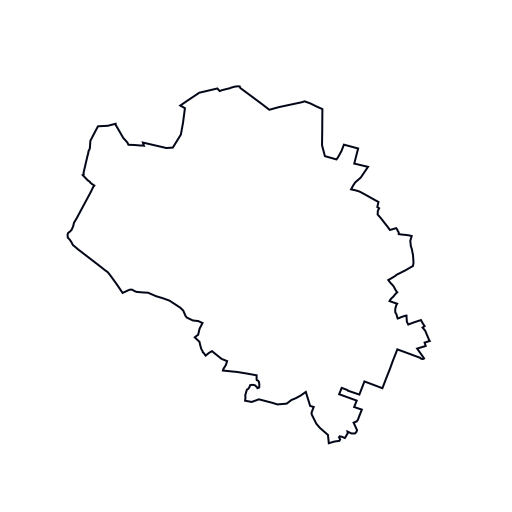 Aba South, Abia, Nigeria (Robinson projection), rotated 105°
{"feature_id": "59680162B9128777704300", "entity_name": "Aba South", "entity_type": "district", "adm_level": 2, "iso_a3": "NGA", "parent_name": "Nigeria", "parent_adm1": "Abia", "projection": "robinson", "projection_center": [7.357, 5.077], "detail": "fine", "context": "isolated", "style": "outline", "palette": "ink", "viewbox_px": 512, "rotation_deg": 105, "n_neighbors": 0, "source": "geoboundaries", "source_scale": "gbopen_adm2", "svg_char_len": 3541}
<svg xmlns="http://www.w3.org/2000/svg" viewBox="0 0 512 512"><g transform="rotate(105 256 256)"><path d="M125.7,185.2L125.7,199.9L132.3,200.6L139.7,202.4L141.9,203.3L141.7,215.3L131.9,220.9L118.1,224.4L96.9,229.9L95.9,236.3L94.6,242.8L94.0,249.0L95.7,251.7L98.3,256.8L106.2,272.3L111.3,281.0L107.9,289.1L97.8,314.6L96.4,315.7L96.9,317.7L97.6,319.7L99.8,323.6L100.8,324.7L101.3,325.8L104.7,331.9L106.1,333.7L104.2,336.7L113.0,353.1L124.2,362.9L130.3,368.1L131.6,362.9L146.0,361.0L158.2,360.0L172.8,364.4L174.9,370.5L175.7,394.6L178.5,392.8L178.7,394.4L179.1,395.7L180.4,403.0L181.5,407.4L181.5,408.1L179.6,409.7L176.3,414.8L167.5,423.6L165.8,425.4L164.6,425.8L168.6,432.9L171.6,442.2L181.6,444.5L187.7,445.8L194.1,444.5L195.9,444.4L197.8,444.9L201.3,444.6L202.6,444.7L220.5,444.1L221.8,443.5L222.2,443.7L222.7,444.3L226.4,438.2L227.3,435.8L228.3,434.6L229.1,432.5L229.8,430.4L231.4,431.1L236.7,432.1L257.5,437.0L266.1,439.0L270.9,440.4L274.6,440.3L278.5,440.9L280.5,442.0L282.3,443.4L284.0,443.6L286.9,442.6L288.6,439.9L290.4,437.9L292.8,435.7L295.9,429.0L307.0,402.3L308.8,398.2L309.9,395.2L311.8,392.5L319.1,383.5L326.2,375.3L321.5,369.7L320.8,368.0L320.6,366.8L321.2,364.8L321.6,362.2L320.4,355.4L319.4,350.8L320.7,342.1L320.9,335.0L321.5,328.0L325.5,315.8L327.5,312.2L332.2,308.5L333.4,306.8L334.6,300.4L333.8,294.9L334.6,290.3L340.8,291.7L343.1,291.6L347.1,291.5L347.6,292.0L350.4,294.1L352.4,290.5L353.5,288.4L356.8,286.7L360.2,284.6L361.6,283.1L362.8,282.4L363.4,281.1L365.3,278.9L361.6,276.2L359.3,273.9L364.3,262.6L365.0,256.7L367.6,256.8L369.4,257.0L372.0,257.8L373.7,258.3L375.2,258.3L372.9,244.2L371.8,233.3L371.1,224.5L374.7,223.6L375.7,223.1L375.9,221.7L376.9,220.6L379.3,219.5L382.2,218.9L383.3,220.4L382.5,221.1L381.2,223.4L381.2,225.3L381.8,227.3L382.4,228.3L383.9,228.3L386.2,229.0L387.5,230.2L389.8,230.3L393.6,230.3L395.1,229.6L398.6,229.1L398.1,222.4L393.7,216.1L393.6,202.6L393.8,196.9L390.7,188.2L385.9,184.5L383.1,180.8L379.3,176.8L374.4,172.7L386.8,164.9L386.9,161.2L392.7,161.8L394.5,161.3L402.4,154.3L405.5,149.8L410.2,140.2L418.0,137.2L414.9,132.2L413.0,127.7L411.5,127.2L409.5,128.9L408.5,128.5L408.4,126.3L408.8,123.1L407.8,122.7L403.3,121.5L401.9,122.2L402.7,117.8L401.8,114.5L400.0,113.5L398.1,113.3L391.7,118.6L389.7,115.9L387.8,115.2L383.8,114.8L377.0,114.0L376.5,122.1L369.6,121.3L368.0,139.9L361.2,139.1L361.8,133.0L362.3,132.4L363.1,120.3L349.1,118.8L351.0,99.7L337.0,98.2L330.3,97.4L322.0,96.7L309.6,95.3L310.7,83.4L311.8,71.5L312.5,69.7L312.3,68.1L311.7,67.3L311.4,67.2L311.3,67.4L311.1,67.5L303.7,76.4L299.0,68.8L296.0,70.7L293.1,66.2L292.3,67.1L290.1,68.8L287.0,71.2L284.4,73.2L282.0,76.6L280.1,75.0L279.4,75.8L278.0,77.4L275.2,80.1L279.4,86.5L282.8,91.2L280.4,93.3L276.6,94.6L274.6,95.2L274.8,96.0L275.0,96.2L277.4,99.9L278.7,101.4L279.7,103.0L279.1,103.4L276.2,105.1L274.3,106.9L272.3,107.5L270.8,107.8L267.4,107.8L265.6,107.3L265.0,115.3L263.5,115.0L261.7,114.1L259.6,112.8L257.0,111.7L254.5,110.2L254.0,111.0L252.2,112.9L249.7,115.2L248.3,117.2L247.3,119.0L245.0,122.0L242.4,119.4L239.4,116.5L237.7,115.3L231.5,108.3L225.0,101.8L221.8,102.1L214.4,104.6L213.1,105.3L209.5,107.0L206.1,109.1L201.4,110.9L196.4,110.8L196.5,113.6L196.8,116.3L197.6,121.0L197.9,123.8L196.2,124.3L195.2,125.5L194.1,126.3L192.8,127.8L196.2,133.4L193.3,137.0L186.7,145.8L184.5,149.2L181.0,150.0L178.0,149.4L177.3,151.5L172.1,151.7L171.2,155.5L167.4,170.6L166.9,173.2L166.8,177.1L167.0,181.4L162.7,180.4L159.2,179.2L153.1,175.1L140.9,170.9L141.3,185.0L125.7,185.2Z" fill="none" stroke="#020617" stroke-width="2"/></g></svg>